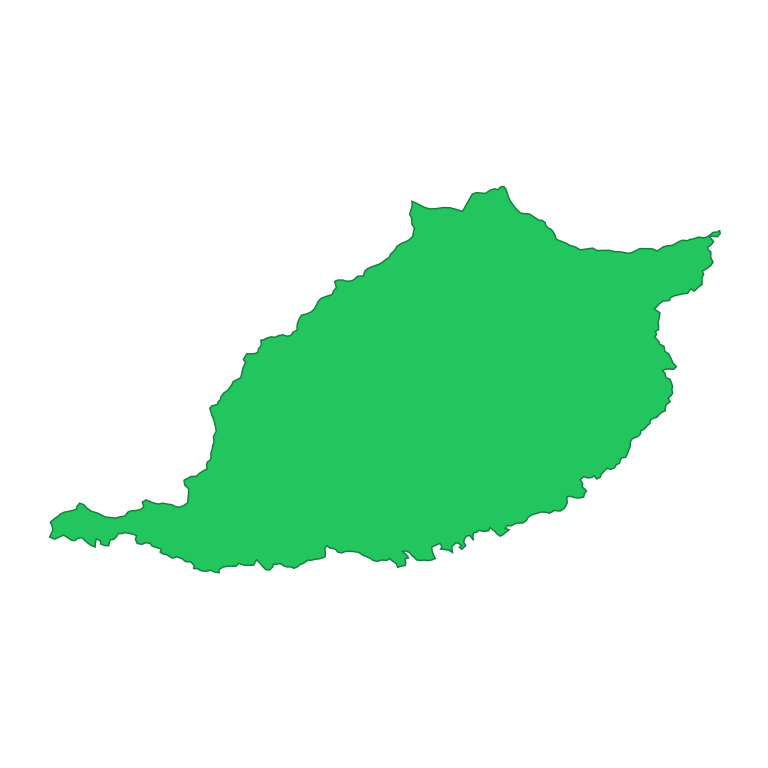 Goianorte, Tocantins, Brazil, rotated 106°
{"feature_id": "56859067B40911142932648", "entity_name": "Goianorte", "entity_type": "district", "adm_level": 2, "iso_a3": "BRA", "parent_name": "Brazil", "parent_adm1": "Tocantins", "projection": "natural_earth1", "projection_center": [-48.98, -8.921], "detail": "fine", "context": "isolated", "style": "filled", "palette": "green", "viewbox_px": 768, "rotation_deg": 106, "n_neighbors": 0, "source": "geoboundaries", "source_scale": "gbopen_adm2", "svg_char_len": 6172}
<svg xmlns="http://www.w3.org/2000/svg" viewBox="0 0 768 768"><g transform="rotate(106 384 384)"><path d="M200.7,407.6L204.6,406.0L208.2,406.0L211.1,406.1L213.9,406.1L216.6,403.3L219.3,402.4L222.8,401.2L225.8,397.6L230.5,397.6L234.3,397.0L238.3,399.5L241.1,402.1L243.8,405.8L248.1,409.6L251.1,410.1L254.3,411.6L257.1,413.3L260.8,413.9L264.4,417.0L267.9,419.4L270.5,422.1L273.0,425.7L275.5,429.0L277.8,431.7L280.8,433.6L285.6,433.5L286.8,436.2L287.7,439.1L290.9,441.0L293.1,442.6L294.6,445.3L295.6,448.9L295.4,452.3L296.7,456.8L299.0,459.8L301.2,458.3L304.5,456.4L308.5,458.1L312.4,458.6L314.7,462.2L318.8,467.9L322.5,470.0L326.0,470.6L331.0,471.6L334.6,473.7L338.2,477.8L340.3,482.0L343.7,483.2L346.5,483.7L349.6,483.9L352.4,483.5L356.3,482.3L359.2,485.7L363.1,486.9L364.9,490.8L364.5,494.6L366.4,498.5L369.1,501.5L369.8,505.5L371.8,508.8L374.7,512.0L375.9,514.5L379.6,512.8L382.4,513.2L384.9,514.4L388.2,513.9L390.3,516.4L391.8,520.5L392.6,524.1L396.4,525.2L399.3,525.9L401.5,522.8L405.5,523.8L408.9,523.9L412.4,523.7L417.4,523.4L423.2,529.6L426.7,530.1L430.5,531.4L433.9,533.0L436.6,535.4L440.9,537.2L444.1,536.9L446.7,538.5L449.5,538.5L451.2,541.2L452.7,543.7L455.4,544.7L461.1,541.1L465.8,537.4L469.1,535.5L475.5,532.2L481.5,533.4L486.5,531.4L490.2,531.7L494.1,531.1L498.3,531.4L502.6,529.9L505.5,530.4L507.7,532.3L510.4,532.3L514.6,530.7L516.5,533.1L521.2,537.1L524.5,538.9L526.0,544.0L528.0,545.9L531.7,549.7L536.1,547.7L538.5,542.9L542.1,541.9L546.2,541.2L552.2,540.0L556.1,543.1L558.9,546.7L559.3,551.4L558.5,554.4L559.0,558.1L559.6,564.0L561.5,567.5L561.9,571.4L561.5,576.1L561.0,580.8L564.1,583.8L567.7,581.3L570.6,582.1L573.2,585.9L576.0,592.8L578.0,595.1L582.4,596.6L584.4,601.1L586.8,604.7L588.1,611.7L588.6,615.1L588.1,618.4L587.1,623.3L587.0,630.4L585.3,635.3L582.7,639.5L582.5,643.8L586.3,645.3L589.0,645.1L591.7,648.9L595.4,656.1L598.7,659.6L601.6,661.3L604.6,663.9L609.0,666.7L611.3,664.3L615.5,662.0L619.7,662.7L623.3,663.2L623.9,657.8L617.5,650.3L620.4,641.0L619.7,637.9L616.9,636.1L615.0,632.0L618.5,625.0L619.9,621.0L620.4,616.8L616.4,617.6L612.1,617.9L613.2,613.1L615.8,612.2L616.3,608.5L615.4,604.0L611.6,604.3L609.1,604.2L607.9,601.0L604.6,599.1L600.7,598.0L600.2,595.1L598.1,591.7L597.6,583.5L598.1,579.9L601.7,580.2L605.3,577.3L604.9,572.6L602.1,569.1L601.7,564.7L603.7,562.5L603.8,557.3L604.1,552.5L607.3,552.8L608.3,549.5L607.9,545.8L608.9,542.7L609.7,539.3L607.3,535.8L607.5,530.4L609.4,525.5L608.2,520.7L610.8,516.4L613.9,516.0L612.9,512.8L613.9,507.9L612.9,503.2L610.7,499.0L611.5,495.7L610.9,490.6L607.6,491.4L604.2,488.1L602.0,483.4L600.1,476.4L596.4,473.7L596.8,469.6L596.4,466.8L595.3,463.2L594.1,459.4L590.5,458.7L588.1,457.8L590.6,453.8L593.0,450.0L594.9,446.8L594.5,442.9L590.9,440.8L587.8,440.5L586.6,437.3L585.1,434.1L586.4,430.3L586.6,426.8L585.5,423.2L586.0,419.9L583.6,416.8L580.9,415.1L578.3,411.8L574.2,408.4L573.5,405.2L571.7,402.5L569.9,398.1L568.4,395.7L566.4,393.0L562.5,393.7L558.1,395.7L555.3,394.3L556.5,390.9L556.1,385.3L558.2,382.3L558.2,378.5L555.5,374.7L554.3,370.8L553.5,367.5L552.8,362.3L554.5,356.2L555.3,349.0L556.5,346.0L556.5,341.7L553.8,337.6L552.7,332.5L550.2,330.5L551.5,327.8L553.4,322.5L556.5,320.4L554.3,317.2L552.6,313.6L549.7,313.9L546.2,315.7L544.3,312.5L542.1,315.3L539.8,320.1L538.4,317.0L539.0,312.8L541.4,309.5L542.5,306.8L544.1,304.3L543.7,300.8L542.2,296.7L541.6,292.9L540.2,289.9L537.6,286.6L534.5,289.4L530.8,292.0L527.4,293.1L521.7,286.2L524.5,283.4L527.1,284.1L526.4,280.6L525.8,275.7L527.1,271.8L521.8,274.0L516.8,271.0L516.7,267.7L517.9,265.1L520.2,266.6L521.4,263.6L516.7,260.9L514.2,263.7L510.3,263.9L507.4,262.6L506.0,259.9L509.5,254.9L506.1,256.6L502.5,257.1L500.9,254.1L498.5,252.3L498.2,247.3L496.2,242.9L492.9,242.7L494.8,237.4L496.9,234.0L498.2,230.3L495.9,227.9L492.9,226.0L489.6,223.6L489.5,227.9L486.1,226.4L485.4,223.0L481.1,218.1L479.5,212.5L476.0,209.5L472.1,208.6L469.1,205.9L467.0,202.7L463.8,197.7L462.6,192.9L462.5,189.3L460.5,187.1L458.4,185.2L458.2,182.4L457.3,179.2L454.2,176.7L450.8,175.5L447.1,175.1L444.7,176.4L441.8,176.9L440.6,173.9L440.7,170.4L439.9,165.3L437.7,160.9L434.2,161.1L431.2,159.8L429.6,162.0L428.5,165.0L425.0,165.6L422.0,169.1L417.9,166.4L418.0,161.7L416.5,158.5L414.3,156.5L416.7,153.5L414.2,150.5L410.6,150.1L407.7,148.6L403.4,146.4L403.7,143.1L401.5,139.6L397.3,138.3L395.4,135.7L392.5,136.0L389.3,135.2L388.0,131.5L384.7,130.9L380.7,130.6L376.6,130.1L371.7,131.2L368.0,130.2L364.6,125.7L361.4,123.7L358.1,124.3L356.0,121.6L351.5,119.5L348.8,117.6L344.9,117.9L342.7,115.5L340.6,112.4L337.8,111.2L335.3,109.9L332.3,106.3L329.7,107.0L326.0,107.0L322.1,104.0L319.3,107.0L316.6,105.2L313.5,104.0L309.5,105.9L307.0,105.8L303.3,108.2L300.6,110.4L300.3,114.5L295.8,117.2L294.4,120.0L292.4,117.9L290.9,113.9L290.2,109.7L286.8,107.8L284.3,111.8L279.7,115.7L276.5,118.9L275.2,123.0L270.6,125.2L269.8,130.0L267.6,131.4L266.0,133.9L263.9,136.8L261.3,135.7L258.5,137.6L256.2,135.0L252.5,136.1L249.3,137.6L243.8,137.7L239.3,138.5L238.5,141.7L237.2,144.9L234.5,143.1L230.7,141.3L227.3,138.6L225.0,132.5L222.2,132.5L219.6,129.8L217.3,125.9L215.0,121.6L213.0,117.1L207.8,115.4L209.3,111.5L202.7,107.4L200.6,105.6L197.3,106.9L193.8,107.7L190.7,106.9L187.7,109.1L183.4,105.0L180.2,102.6L176.2,101.3L172.6,104.7L167.0,106.2L165.5,109.6L163.2,110.7L160.8,108.3L156.3,106.4L154.4,109.1L152.3,112.6L155.2,116.2L156.2,122.4L158.0,124.8L159.6,127.1L160.7,129.8L162.6,131.8L163.5,136.5L165.3,139.1L171.4,145.3L173.0,149.7L175.4,153.5L180.8,158.0L180.1,163.7L183.4,175.6L189.5,182.0L191.1,185.4L191.7,192.9L193.3,199.1L193.3,203.7L194.6,208.3L197.0,216.1L195.8,220.7L201.0,232.4L199.5,238.0L199.6,243.0L198.6,246.8L197.4,258.5L193.8,260.7L191.4,263.1L189.3,265.8L188.6,269.7L187.0,272.1L184.3,273.7L183.2,277.0L183.8,280.6L180.5,291.0L182.1,298.8L181.2,301.7L178.4,306.6L173.2,313.1L169.0,316.6L163.2,320.4L161.3,323.0L162.2,326.1L165.9,328.1L165.8,331.3L168.3,335.1L173.0,339.3L174.5,347.7L177.1,351.5L196.4,356.1L196.3,364.6L196.4,369.2L198.1,375.8L201.0,382.0L203.1,388.4L203.1,394.0L201.5,401.6L200.7,407.6ZM152.3,112.6L151.1,107.0L150.4,104.0L146.7,102.3L144.1,103.6L146.2,105.8L147.6,109.6L152.3,112.6Z" fill="#22c55e" stroke="#15803d" stroke-width="1.5"/></g></svg>